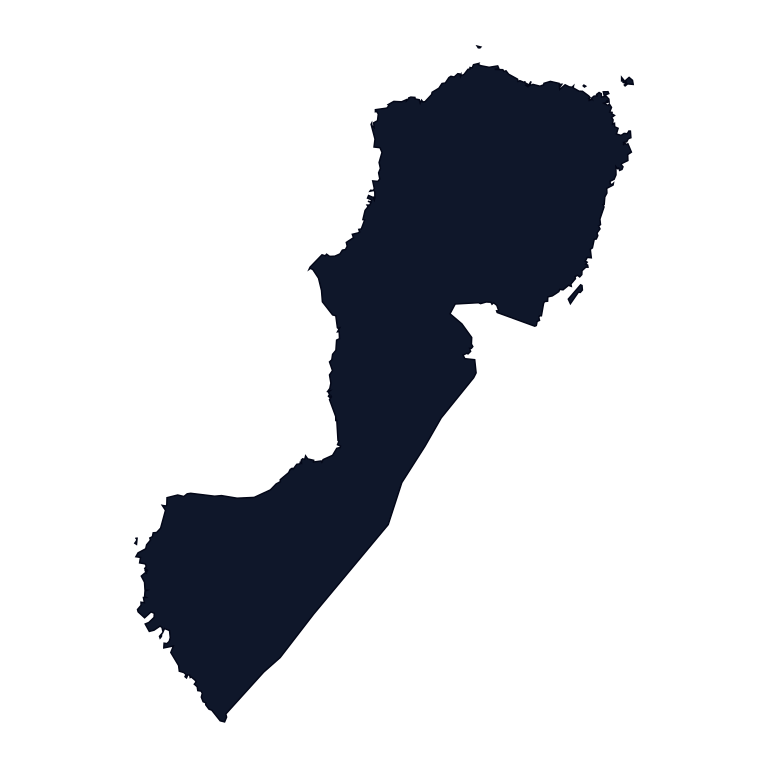 the district of Negros Occidental, Negros Occidental, Philippines
{"feature_id": "2640588B49335496833592", "entity_name": "Negros Occidental", "entity_type": "district", "adm_level": 2, "iso_a3": "PHL", "parent_name": "Philippines", "parent_adm1": "Negros Occidental", "projection": "mercator", "projection_center": [123.007, 10.244], "detail": "fine", "context": "isolated", "style": "filled", "palette": "ink", "viewbox_px": 768, "rotation_deg": 0, "n_neighbors": 0, "source": "geoboundaries", "source_scale": "gbopen_adm2", "svg_char_len": 6029}
<svg xmlns="http://www.w3.org/2000/svg" viewBox="0 0 768 768"><path d="M534.8,326.2L536.3,325.5L537.1,321.5L539.5,320.4L538.8,317.3L539.5,315.8L541.4,315.8L543.6,303.3L544.5,301.6L547.6,301.2L547.8,296.9L552.3,295.9L558.8,291.6L559.7,289.4L563.1,289.8L568.5,285.3L571.3,286.3L570.9,284.0L575.4,278.7L575.0,276.6L577.6,275.3L579.7,276.9L581.8,274.6L582.0,270.7L585.8,267.2L588.0,267.2L587.6,265.0L585.6,264.3L587.2,262.2L585.2,261.2L587.3,257.4L591.3,257.8L590.3,249.3L592.4,247.9L594.2,239.3L596.3,239.0L597.8,235.7L597.0,233.0L600.0,228.9L598.6,226.0L600.5,224.6L599.9,219.1L604.0,207.0L603.1,204.6L604.2,204.4L604.8,197.0L606.9,193.1L606.7,188.4L613.1,185.0L613.4,183.3L612.0,184.6L610.2,183.8L610.1,181.3L614.1,179.3L616.0,174.9L615.9,166.6L617.6,168.7L618.8,168.0L619.6,170.4L622.0,169.4L623.0,166.8L621.2,164.7L621.8,163.5L627.9,160.5L627.7,154.6L631.4,152.1L627.9,143.8L626.6,144.5L625.1,143.5L623.7,144.6L623.4,144.2L624.4,143.6L623.6,142.4L626.7,141.8L628.3,138.7L630.9,137.7L630.4,131.1L628.9,131.0L627.3,133.7L624.1,133.4L621.1,135.4L616.4,134.0L618.1,128.3L614.7,126.8L614.5,123.3L612.5,124.2L613.1,119.8L611.6,117.5L614.5,115.4L611.8,113.8L612.1,112.4L609.7,112.0L611.5,107.4L609.3,104.0L608.1,105.5L603.8,103.2L607.6,102.3L606.4,101.4L607.2,100.5L609.1,101.8L608.9,99.1L606.2,96.2L601.5,97.1L601.3,93.7L599.1,92.5L596.6,94.4L597.1,95.8L593.9,96.2L591.8,98.0L592.2,99.2L591.5,98.6L590.8,100.1L588.4,100.7L590.2,99.5L588.7,98.5L590.0,97.5L588.7,95.9L582.5,91.3L579.1,91.2L573.1,87.8L573.5,85.9L572.2,87.2L569.3,86.9L565.1,84.8L559.7,89.4L559.1,83.4L550.4,81.4L544.0,83.3L543.6,84.8L540.0,86.2L533.0,84.4L529.7,85.6L530.9,82.1L530.6,82.0L528.0,86.8L525.0,84.8L527.8,86.1L528.7,84.8L524.8,82.6L525.1,81.3L524.4,82.5L519.9,80.7L518.1,81.5L517.5,79.1L508.6,74.2L506.0,70.8L503.9,71.5L502.8,69.7L494.6,69.4L498.7,68.2L497.7,65.9L489.1,67.3L480.4,65.6L478.4,64.4L478.9,63.4L473.5,64.7L472.2,67.9L470.0,67.5L469.9,69.1L468.0,69.3L464.0,74.5L461.3,75.6L461.1,74.6L460.5,76.3L460.0,74.0L457.8,73.7L454.2,77.0L450.9,76.3L448.9,77.6L445.3,83.0L442.0,83.5L438.9,88.2L432.1,92.3L431.7,94.5L425.0,101.7L422.8,101.9L421.5,100.2L420.2,103.1L419.2,99.7L415.2,99.0L414.9,97.4L410.8,97.1L408.2,98.1L409.5,97.9L406.5,100.9L406.6,99.6L401.6,101.8L393.8,101.4L388.0,104.7L389.0,105.6L386.8,108.1L375.4,109.7L375.4,111.7L376.5,111.4L378.3,113.9L377.5,120.7L373.7,122.8L374.1,127.6L371.9,125.6L371.7,123.2L371.1,124.3L375.0,139.1L374.0,147.0L380.0,147.7L382.0,152.4L379.1,162.5L380.4,168.5L378.6,172.8L379.8,179.0L377.8,181.4L372.7,180.9L374.3,188.5L373.5,190.4L370.6,190.3L370.0,191.2L374.0,190.4L374.8,191.9L374.9,197.1L372.9,197.2L374.9,197.7L374.3,200.0L373.2,197.5L368.6,195.5L367.5,198.1L371.7,199.9L370.9,202.0L367.9,201.2L371.0,202.5L369.7,205.1L367.1,205.1L368.1,206.7L365.1,210.4L362.9,219.6L364.7,219.8L361.3,229.0L358.8,229.4L359.7,231.9L358.1,232.9L352.3,234.3L353.5,237.7L346.3,242.4L347.2,246.2L345.5,249.5L342.4,250.1L340.0,253.9L334.8,256.2L329.6,256.4L326.6,254.2L325.2,255.8L322.0,254.8L310.1,267.1L309.1,269.3L310.5,268.3L312.9,269.6L318.5,278.1L321.5,290.4L322.4,301.8L332.6,314.9L335.8,315.7L337.4,327.7L338.5,328.6L339.3,327.8L339.8,327.7L337.5,331.8L339.2,331.6L339.5,338.7L336.6,340.1L335.9,350.3L332.6,354.3L331.8,359.8L329.5,361.9L332.5,370.6L329.5,374.9L330.9,383.1L329.8,388.5L327.9,391.1L330.1,390.7L328.3,392.2L329.6,394.4L328.4,396.2L330.2,397.8L331.0,396.0L331.5,396.9L329.5,399.5L335.7,416.4L335.8,420.5L336.8,420.4L338.0,440.5L339.0,441.1L337.5,444.7L340.5,446.0L340.2,447.5L336.8,448.3L332.6,455.3L323.1,459.6L321.8,462.2L321.1,461.0L313.5,462.0L313.7,460.3L307.7,458.9L305.6,455.9L304.7,459.4L302.6,458.8L301.3,460.1L301.5,463.2L300.3,462.3L299.9,463.9L296.8,464.3L293.0,469.3L292.1,468.3L290.2,469.5L288.6,472.7L280.3,479.6L280.3,481.7L276.2,483.9L270.4,489.9L254.2,497.4L237.1,498.2L221.5,495.6L214.6,496.2L190.7,493.3L187.2,493.8L183.9,496.5L177.7,495.0L167.0,497.7L166.8,504.9L165.8,506.0L162.3,505.4L165.5,510.3L160.6,528.2L156.6,532.5L153.2,532.8L152.4,536.7L149.8,538.0L150.5,540.1L146.6,544.8L145.7,548.8L138.1,552.8L135.9,556.7L140.5,557.4L139.6,562.9L145.0,563.8L146.4,566.1L144.8,568.5L147.6,570.3L147.1,571.4L144.8,569.5L146.3,573.3L144.9,573.0L141.3,576.1L144.5,582.2L145.0,589.9L147.4,590.2L145.0,591.2L144.6,596.4L146.2,597.4L143.4,597.5L144.4,602.7L141.0,602.2L141.1,605.3L137.5,609.5L138.1,611.8L144.6,617.8L151.0,611.9L154.3,613.3L154.1,617.4L148.8,622.5L145.2,624.0L149.3,631.4L154.0,630.2L160.0,626.1L162.0,627.4L163.0,631.9L164.5,628.5L169.5,630.5L170.3,637.7L169.2,641.4L167.0,643.6L164.1,643.2L163.8,647.9L173.4,646.0L170.8,652.5L178.6,665.5L179.3,671.2L183.8,672.5L186.6,675.1L189.6,674.9L190.2,677.5L191.2,676.9L195.0,680.1L196.2,681.8L194.3,684.2L197.2,686.7L197.8,690.6L201.1,691.1L202.3,693.3L201.3,697.1L203.1,701.7L205.9,702.9L205.7,704.8L209.0,709.2L211.7,710.1L220.2,720.8L224.6,721.9L226.6,717.1L225.8,714.0L263.7,672.1L280.2,657.5L313.8,613.9L388.2,524.6L401.8,482.6L424.9,446.4L441.2,417.9L473.7,377.7L476.1,372.9L474.7,359.7L464.9,358.7L463.0,355.1L466.9,353.2L468.0,353.9L470.6,351.4L469.6,348.3L471.3,348.4L472.8,346.6L471.4,344.1L471.7,337.5L461.9,323.9L450.0,313.8L455.2,304.0L478.5,302.7L480.6,303.6L486.1,302.0L490.9,302.2L492.0,304.2L493.6,302.8L496.8,305.3L498.5,310.1L497.3,311.7L496.8,310.8L496.6,310.8L497.2,312.5L534.8,326.2ZM580.6,284.8L568.3,299.1L570.4,303.7L578.4,292.2L580.3,292.4L582.4,290.0L582.0,285.5L580.6,284.8ZM621.6,77.4L621.6,80.9L622.9,80.7L623.1,82.4L626.5,83.5L624.3,85.0L625.1,85.9L627.6,83.9L633.2,84.4L632.5,80.3L629.1,77.4L625.8,80.3L626.5,83.5L621.6,77.4ZM608.0,91.7L603.3,91.8L604.1,95.3L608.8,93.6L608.0,91.7ZM137.1,538.2L135.4,538.2L136.8,538.7L136.6,540.7L134.8,543.2L136.5,544.3L137.1,538.2ZM185.0,676.7L186.5,677.9L187.3,676.0L185.9,674.9L185.0,676.7ZM161.7,633.8L159.5,636.3L160.1,638.1L161.4,636.5L161.7,633.8ZM561.8,84.3L559.4,84.3L560.4,86.3L561.8,84.3ZM583.9,85.1L583.2,85.9L584.5,87.0L585.7,86.2L583.9,85.1ZM477.2,46.1L478.3,47.8L479.9,47.9L480.8,47.0L477.2,46.1Z" fill="#0f172a" stroke="#020617" stroke-width="1.5"/></svg>